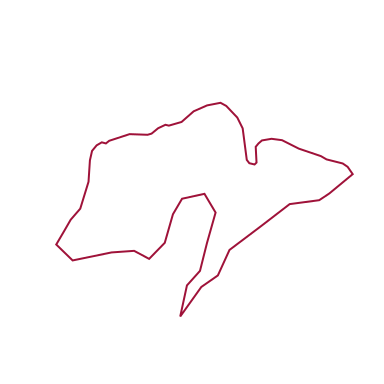 the district of Paxtaabad, Andijon, Uzbekistan, rotated 324°
{"feature_id": "79887680B2052385520334", "entity_name": "Paxtaabad", "entity_type": "district", "adm_level": 2, "iso_a3": "UZB", "parent_name": "Uzbekistan", "parent_adm1": "Andijon", "projection": "equal_earth", "projection_center": [72.425, 40.981], "detail": "fine", "context": "isolated", "style": "outline", "palette": "rose", "viewbox_px": 384, "rotation_deg": 324, "n_neighbors": 0, "source": "geoboundaries", "source_scale": "gbopen_adm2", "svg_char_len": 878}
<svg xmlns="http://www.w3.org/2000/svg" viewBox="0 0 384 384"><g transform="rotate(324 192 192)"><path d="M302.3,273.9L332.5,272.0L332.7,263.1L330.7,257.5L320.0,244.7L317.4,238.8L303.9,219.7L295.3,203.0L287.6,195.7L278.9,191.4L274.3,191.8L270.1,192.9L261.5,206.1L258.8,206.5L255.3,202.4L255.2,198.2L270.4,170.3L272.4,158.4L270.3,142.5L267.5,136.6L255.1,130.8L240.8,127.7L224.7,129.2L212.3,124.7L210.0,122.0L202.1,120.5L193.6,121.0L189.7,119.6L175.5,108.5L155.1,101.9L150.9,102.1L148.2,98.8L142.3,98.2L135.3,100.0L128.0,106.4L114.3,122.9L91.8,139.8L77.6,143.1L65.5,148.5L51.3,154.7L55.2,177.2L91.4,193.6L110.6,205.6L118.0,220.9L140.1,217.1L163.5,198.8L180.0,191.6L201.0,200.8L199.0,222.5L174.1,242.1L152.1,260.5L133.0,264.6L109.3,285.8L143.7,274.3L163.9,274.7L188.3,260.9L227.5,260.2L263.9,259.2L290.1,273.4L302.3,273.9Z" fill="none" stroke="#9f1239" stroke-width="2"/></g></svg>